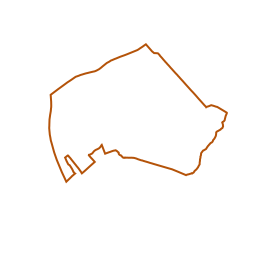 Smardan, Tulcea, Romania, rotated 46°
{"feature_id": "2599482B36472958549057", "entity_name": "Smardan", "entity_type": "district", "adm_level": 2, "iso_a3": "ROU", "parent_name": "Romania", "parent_adm1": "Tulcea", "projection": "mercator", "projection_center": [28.085, 45.31], "detail": "fine", "context": "isolated", "style": "outline", "palette": "amber", "viewbox_px": 256, "rotation_deg": 46, "n_neighbors": 0, "source": "geoboundaries", "source_scale": "gbopen_adm2", "svg_char_len": 5097}
<svg xmlns="http://www.w3.org/2000/svg" viewBox="0 0 256 256"><g transform="rotate(46 128 128)"><path d="M123.8,209.7L123.8,206.6L123.8,204.1L123.8,202.5L123.7,201.8L123.8,201.4L123.8,200.8L124.0,197.7L123.6,197.8L123.4,197.8L123.2,197.8L122.9,197.8L122.6,197.8L122.3,197.8L122.0,197.8L121.9,197.7L121.7,197.6L121.4,197.6L121.1,197.5L120.9,197.4L120.7,197.4L119.7,197.0L118.3,196.6L116.8,196.3L116.0,196.1L115.7,196.1L115.3,196.0L114.7,195.9L114.3,195.8L114.1,195.8L113.9,195.9L113.3,196.1L113.0,196.2L112.8,196.2L112.7,196.2L112.2,196.1L111.3,195.8L109.7,195.3L109.3,195.2L106.7,194.2L105.6,193.8L105.9,190.5L106.3,190.2L107.9,190.4L109.3,190.4L112.1,190.7L114.3,190.9L116.2,191.1L118.8,191.3L119.3,191.4L122.1,191.6L123.7,191.8L124.9,192.0L126.3,192.2L126.9,192.3L128.0,192.6L128.6,192.7L128.8,189.7L128.9,186.6L129.0,182.9L129.1,180.1L129.3,175.5L129.1,175.5L128.0,175.4L125.3,175.3L124.4,175.3L123.5,175.3L121.4,175.2L120.6,175.1L120.4,175.1L120.2,174.8L120.4,174.6L120.6,174.2L120.7,173.7L121.1,172.6L121.4,171.7L121.4,171.4L121.4,170.9L121.2,169.6L121.1,168.8L121.1,168.0L121.3,166.6L121.4,166.3L121.9,164.9L122.1,164.4L122.2,163.9L122.4,163.2L122.5,162.9L122.5,162.7L122.5,162.3L122.5,162.0L122.5,161.8L122.5,161.6L122.4,161.0L122.3,160.4L122.0,159.2L121.9,158.8L121.9,158.6L128.2,161.3L130.6,162.3L131.5,160.2L132.4,158.2L132.9,157.2L133.3,156.2L133.9,154.9L134.2,154.3L135.5,152.3L136.0,152.3L136.7,152.0L136.8,152.0L137.4,152.0L138.4,151.9L139.0,151.8L139.4,151.9L139.6,152.1L139.8,152.4L140.2,152.6L140.8,152.7L141.1,152.7L141.3,152.7L141.8,152.6L142.3,152.4L142.8,152.1L143.2,152.2L143.7,152.1L144.0,152.1L145.0,152.2L145.5,152.1L145.9,152.1L146.3,151.9L146.8,151.4L146.7,151.3L146.9,151.0L147.1,150.9L147.4,150.8L147.5,150.6L147.5,150.4L147.8,150.2L149.1,148.9L150.6,147.4L151.9,146.0L152.4,145.6L153.0,145.0L153.4,144.7L153.9,144.3L155.6,143.3L156.2,143.0L156.5,142.9L157.2,142.6L159.9,141.2L160.6,140.8L161.4,140.2L162.5,139.7L163.3,139.2L163.9,138.9L164.9,138.3L165.8,137.8L166.5,137.4L168.4,136.4L169.9,135.5L171.9,134.4L185.2,126.8L188.3,125.0L193.3,122.8L202.2,119.0L202.2,118.7L203.1,117.0L203.5,116.5L203.7,116.0L204.1,115.2L204.7,114.1L204.7,113.7L205.1,113.5L205.2,113.3L205.3,113.3L205.5,112.2L205.6,111.9L205.5,111.1L205.4,110.6L205.2,110.2L205.2,109.0L205.3,107.6L205.0,105.5L204.9,104.8L204.7,104.5L204.3,103.2L203.9,101.7L203.6,101.4L203.0,100.8L202.7,100.5L202.3,100.0L202.0,99.6L201.6,99.0L201.2,98.7L200.8,98.2L200.5,97.8L200.1,97.2L199.7,96.5L199.4,96.2L199.0,95.9L198.8,95.5L198.5,94.9L198.3,94.5L198.0,94.2L197.8,93.9L197.0,93.0L196.9,92.7L196.7,91.7L196.7,91.4L196.6,91.0L196.5,90.2L196.4,89.8L196.5,89.4L196.7,89.0L196.9,88.1L197.2,87.0L197.3,86.4L197.1,85.5L196.9,85.0L196.8,84.6L196.7,83.8L196.5,83.1L196.5,82.7L196.5,82.1L196.3,81.1L196.4,80.6L196.3,80.2L196.2,79.4L196.2,79.0L196.3,78.5L196.5,78.3L196.6,77.5L196.6,77.0L196.5,76.6L196.4,76.2L196.1,75.7L195.8,74.9L195.8,74.4L195.7,73.4L195.6,73.1L195.4,72.3L195.1,71.5L195.0,71.1L194.6,70.2L194.1,69.5L193.7,69.0L193.5,68.7L193.2,68.4L192.9,68.1L192.5,67.7L192.4,67.4L192.3,67.1L192.3,66.9L192.4,66.5L192.4,66.3L192.4,66.0L192.7,65.3L192.8,64.9L192.9,64.4L193.0,64.0L193.2,63.3L193.4,62.5L193.3,62.2L193.3,61.5L193.4,61.0L193.4,60.7L193.5,60.5L193.6,60.2L193.5,59.9L193.3,59.5L193.1,59.1L193.0,58.7L192.7,58.3L192.1,57.9L191.3,57.2L190.6,56.9L190.2,56.7L189.5,56.4L189.4,56.1L189.4,55.7L189.5,55.6L189.7,54.7L189.7,54.3L189.7,54.1L189.6,53.3L189.4,52.8L189.2,52.6L189.0,52.3L188.8,52.0L188.0,50.7L187.5,49.9L187.2,49.4L186.1,46.8L185.8,46.4L185.6,46.3L185.2,46.4L182.1,47.2L178.4,48.2L175.1,49.1L174.8,49.2L174.4,49.4L174.1,49.7L171.2,51.2L169.6,52.2L169.4,52.3L168.5,54.6L167.7,56.2L167.3,57.0L167.3,57.3L166.9,57.2L166.4,57.2L164.3,57.2L159.8,57.0L156.4,56.9L154.5,56.8L152.8,56.7L150.5,56.6L147.5,56.5L145.1,56.5L136.5,56.2L134.7,56.1L134.3,56.1L134.1,56.1L132.7,56.0L132.0,56.0L128.1,55.9L126.8,55.8L126.3,55.8L125.1,55.8L124.4,55.7L122.3,55.7L121.4,55.7L118.6,55.6L118.2,55.6L116.0,55.5L114.9,55.5L113.1,55.4L111.2,55.3L110.2,55.3L109.7,55.3L107.9,55.2L106.1,55.2L105.4,55.1L105.0,55.1L104.8,55.1L102.7,55.0L101.7,54.9L98.1,54.8L97.9,54.8L97.5,54.6L97.3,54.6L96.7,54.6L95.1,54.6L94.2,55.3L92.9,56.6L92.2,57.2L91.9,57.2L89.3,57.5L88.5,57.4L80.2,57.0L80.0,58.3L79.8,59.6L79.6,61.1L79.0,64.2L78.8,65.6L78.5,66.9L78.5,67.0L74.4,77.2L73.4,79.6L71.4,84.0L69.5,88.8L69.2,89.4L68.0,92.6L67.7,93.1L67.5,94.1L67.3,95.3L66.5,98.1L66.0,103.6L65.9,105.5L65.6,108.0L64.8,110.8L64.1,112.6L63.2,114.0L61.3,117.2L60.3,119.0L59.6,120.1L58.8,121.6L57.8,123.6L57.1,124.9L56.6,126.0L56.4,126.6L56.2,127.1L54.8,130.1L54.0,135.1L53.6,137.3L53.1,139.8L52.6,143.6L51.6,150.7L51.5,151.5L50.4,160.6L50.5,160.7L51.3,161.3L53.9,163.5L55.6,164.9L58.4,167.5L59.7,168.8L60.3,169.6L62.2,171.8L64.4,174.8L67.4,178.6L67.6,178.8L70.6,181.9L71.1,182.4L71.7,183.0L73.3,184.7L73.4,184.8L73.8,185.1L75.0,186.1L78.0,188.5L78.5,188.9L80.8,190.4L83.4,192.2L85.9,193.5L93.8,197.8L95.0,198.4L101.7,201.5L102.0,201.6L111.4,205.3L113.4,206.1L115.7,206.9L120.1,208.4L123.2,209.5L123.8,209.7Z" fill="none" stroke="#b45309" stroke-width="2"/></g></svg>